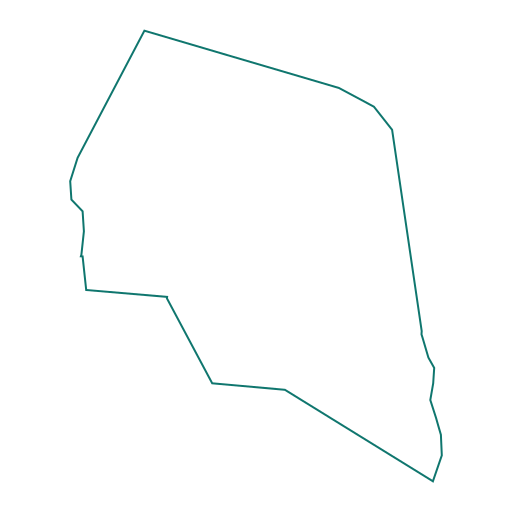 outline of Migny, Soufrière, Saint Lucia
{"feature_id": "8701671B42961858888115", "entity_name": "Migny", "entity_type": "district", "adm_level": 2, "iso_a3": "LCA", "parent_name": "Saint Lucia", "parent_adm1": "Soufrière", "projection": "equal_earth", "projection_center": [-61.018, 13.841], "detail": "fine", "context": "isolated", "style": "outline", "palette": "teal", "viewbox_px": 512, "rotation_deg": 0, "n_neighbors": 0, "source": "geoboundaries", "source_scale": "gbopen_adm2", "svg_char_len": 509}
<svg xmlns="http://www.w3.org/2000/svg" viewBox="0 0 512 512"><path d="M144.4,30.7L77.6,157.8L70.2,181.2L71.4,199.6L82.6,211.3L83.9,231.3L81.4,254.7L80.9,256.3L82.6,256.4L85.1,279.8L86.2,290.0L167.1,296.9L166.9,298.3L212.2,383.3L284.9,389.8L432.3,480.9L432.9,481.3L441.8,455.4L440.9,434.8L438.2,425.5L436.1,418.1L430.3,400.0L433.2,383.3L434.2,367.9L428.4,357.6L422.4,337.2L421.5,334.4L421.7,331.1L392.1,129.8L373.9,106.7L339.0,88.0L226.9,55.0L144.4,30.7Z" fill="none" stroke="#0f766e" stroke-width="2"/></svg>